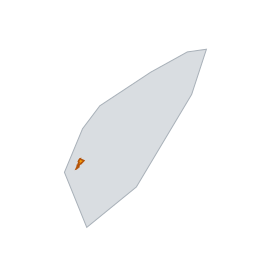 location of Victoria, Choiseul, Saint Lucia, rotated 29°
{"feature_id": "8701671B14688938630280", "entity_name": "Victoria", "entity_type": "district", "adm_level": 2, "iso_a3": "LCA", "parent_name": "Saint Lucia", "parent_adm1": "Choiseul", "projection": "equal_earth", "projection_center": [-61.04, 13.808], "detail": "fine", "context": "in_parent", "style": "filled", "palette": "amber", "viewbox_px": 256, "rotation_deg": 29, "n_neighbors": 0, "source": "geoboundaries", "source_scale": "gbopen_adm2", "svg_char_len": 1569}
<svg xmlns="http://www.w3.org/2000/svg" viewBox="0 0 256 256"><g transform="rotate(29 128 128)"><path d="M163.9,175.5L140.1,234.9L93.9,197.6L88.6,150.7L92.6,122.2L120.9,68.0L143.0,32.7L158.4,21.1L167.4,67.8L163.9,175.5Z" fill="#d9dde1" stroke="#a8b0b8" stroke-width="1"/><path d="M101.0,178.2L100.9,178.3L101.0,178.5L101.0,178.8L100.8,178.9L100.8,179.3L100.9,179.6L100.9,179.8L100.8,180.1L100.7,180.1L100.8,181.4L101.8,181.7L101.7,182.1L101.7,182.3L101.7,182.5L101.7,182.8L101.8,182.9L101.8,183.0L101.8,183.3L101.8,183.5L102.0,183.6L102.0,183.8L102.0,184.0L102.0,184.3L102.0,184.5L102.0,184.8L102.1,185.0L102.1,185.3L102.0,185.5L101.9,185.5L102.0,185.7L102.0,185.8L102.0,186.0L102.1,186.3L102.2,186.6L102.3,186.7L102.4,186.9L102.4,187.1L102.5,187.2L102.4,187.2L102.4,187.3L102.4,187.5L102.4,187.8L102.4,188.0L102.3,188.3L102.4,188.5L102.5,188.8L102.5,189.0L102.6,188.9L102.7,188.7L102.7,188.4L102.7,188.2L102.8,188.2L102.8,187.9L102.9,187.7L103.0,187.6L103.0,187.4L103.2,187.2L103.3,187.2L103.3,186.9L103.3,186.7L103.5,186.4L103.6,186.2L103.7,185.9L103.6,185.7L103.4,185.5L103.4,185.4L103.2,185.4L103.2,185.2L103.3,185.2L103.2,185.1L103.2,184.9L103.2,184.7L103.3,184.6L103.3,184.4L103.2,184.4L103.2,184.2L103.3,184.0L103.3,183.9L103.3,183.7L103.4,183.4L103.4,183.2L103.5,183.0L103.8,182.3L104.1,181.4L104.3,181.6L105.3,177.9L105.2,177.9L103.1,178.1L102.9,178.2L102.7,178.3L102.4,178.3L102.2,178.2L102.0,177.9L101.9,177.8L101.9,177.6L101.8,177.8L101.6,177.9L101.3,178.0L101.2,178.0L101.0,178.3L101.0,178.2Z" fill="#f59e0b" stroke="#b45309" stroke-width="1.5"/></g></svg>